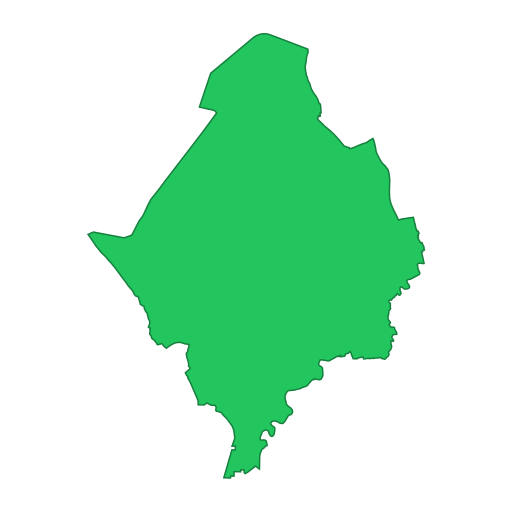 In Buri, Sing Buri, Thailand, rotated 271°
{"feature_id": "78962969B87157930386242", "entity_name": "In Buri", "entity_type": "district", "adm_level": 2, "iso_a3": "THA", "parent_name": "Thailand", "parent_adm1": "Sing Buri", "projection": "mercator", "projection_center": [100.326, 15.029], "detail": "fine", "context": "isolated", "style": "filled", "palette": "green", "viewbox_px": 512, "rotation_deg": 271, "n_neighbors": 0, "source": "geoboundaries", "source_scale": "gbopen_adm2", "svg_char_len": 6039}
<svg xmlns="http://www.w3.org/2000/svg" viewBox="0 0 512 512"><g transform="rotate(271 256 256)"><path d="M403.9,196.8L400.8,211.8L398.4,214.2L379.0,200.5L330.1,164.3L322.0,158.5L310.6,149.8L305.7,147.3L296.5,143.3L293.9,142.0L289.0,138.5L274.7,131.4L272.8,126.4L272.1,124.4L272.0,122.9L277.1,93.0L274.7,87.7L267.6,92.8L263.5,95.6L260.7,98.0L257.4,100.6L252.6,105.7L248.0,109.7L247.0,110.8L241.3,115.6L230.6,123.8L227.4,126.4L224.1,128.7L221.3,131.1L220.6,131.9L218.2,133.7L215.3,135.2L214.8,135.6L213.9,136.5L213.5,137.2L213.6,138.7L213.5,138.9L205.5,141.3L203.6,145.0L203.3,144.9L200.7,145.5L200.0,146.2L198.5,146.6L197.3,148.0L191.2,149.6L189.4,150.7L187.4,151.0L185.2,150.5L183.2,149.6L182.9,149.7L182.6,150.1L182.2,150.8L182.1,151.6L181.9,151.7L180.7,151.2L178.6,151.4L176.6,151.1L175.7,151.3L174.1,152.6L172.4,153.1L171.4,153.6L170.0,155.8L168.6,156.8L167.5,157.9L166.5,158.3L165.9,158.7L165.6,159.2L165.6,159.7L166.0,160.7L166.2,162.0L166.9,162.8L166.8,163.4L164.6,165.2L163.6,166.2L162.2,168.0L164.2,170.5L165.9,173.1L167.5,176.2L167.9,177.4L168.3,180.6L168.2,182.4L166.9,186.7L166.4,190.5L164.0,190.4L160.9,189.5L159.0,189.2L158.2,188.7L157.5,188.0L154.0,188.5L147.6,190.5L144.7,190.5L144.3,190.7L143.7,191.7L142.7,191.9L141.7,191.5L140.0,189.7L138.2,187.5L137.9,187.4L135.5,188.7L134.2,189.9L133.0,189.9L128.0,192.7L114.3,198.9L110.2,200.6L106.2,200.8L106.2,206.8L106.9,207.8L107.9,208.9L108.2,209.7L108.0,210.1L107.4,210.8L107.0,212.0L105.9,214.0L106.1,216.9L106.0,217.3L104.4,218.8L101.1,218.5L100.6,218.6L100.1,219.5L99.5,222.2L98.8,224.0L96.2,226.1L92.8,229.7L87.5,233.7L85.4,235.2L81.4,236.8L73.4,238.0L65.4,235.3L65.5,238.7L61.7,238.6L61.8,235.3L33.7,227.7L33.6,234.4L35.6,234.4L35.5,237.8L40.0,237.9L40.0,241.4L40.0,244.5L42.0,244.6L41.8,248.0L39.4,247.9L38.2,248.9L40.0,251.9L45.9,259.2L43.0,263.2L54.8,263.2L56.7,263.3L59.2,263.9L62.2,265.0L62.9,265.4L64.0,267.2L64.9,267.8L65.7,268.6L66.4,269.6L66.6,270.4L66.7,270.5L70.4,269.7L71.5,269.2L72.1,268.1L72.2,267.0L72.0,264.6L72.3,263.7L73.8,263.3L75.0,263.4L80.1,265.4L81.0,266.1L82.1,268.3L82.0,270.3L81.4,271.0L80.8,271.5L78.0,272.5L76.5,273.6L76.2,274.0L75.9,274.7L76.1,275.6L76.7,276.3L77.6,277.0L78.7,277.3L80.8,277.7L84.4,277.8L84.8,277.7L86.6,275.1L88.0,273.8L88.5,273.6L89.0,273.7L90.4,274.5L91.3,276.0L91.4,277.6L91.0,279.6L89.2,283.0L89.0,285.2L89.1,285.9L89.4,286.2L91.2,287.8L96.9,291.1L97.4,291.9L98.1,293.9L99.1,294.7L100.1,295.2L100.8,295.3L101.7,295.2L103.0,294.8L104.5,293.6L105.9,291.4L107.4,289.8L108.8,288.9L111.2,288.4L112.9,287.8L115.6,287.5L117.1,287.6L119.3,288.4L121.3,289.9L121.8,290.5L122.0,291.2L122.6,296.8L123.6,299.8L124.0,302.2L125.4,304.8L126.3,307.4L127.1,309.2L127.6,309.8L129.8,311.3L130.8,312.4L132.4,313.6L133.4,315.2L133.6,316.0L133.5,316.5L134.2,316.6L133.6,319.7L133.4,321.6L133.6,322.5L134.1,323.3L136.8,324.7L138.2,324.9L139.4,324.9L143.7,324.6L145.2,324.3L146.0,323.7L147.9,320.9L148.9,320.5L149.8,320.6L153.3,322.0L153.1,325.5L152.4,329.8L152.4,330.8L157.7,340.1L157.0,340.6L157.7,341.6L158.0,342.2L156.8,342.1L157.0,343.1L156.8,343.6L157.5,346.6L157.9,346.8L158.8,346.8L159.6,347.3L159.8,347.7L160.0,349.0L160.4,350.0L162.2,351.8L160.6,352.7L157.9,353.6L156.3,354.5L155.7,354.8L155.1,354.8L154.9,356.7L155.1,359.1L155.6,359.2L156.5,362.8L157.1,364.5L155.0,365.4L154.9,365.5L155.6,369.8L155.4,371.2L155.7,373.6L155.7,375.7L156.2,377.4L156.1,379.5L156.7,381.9L156.5,382.7L155.9,383.0L155.7,383.3L155.5,384.9L155.0,386.2L155.5,387.4L156.9,388.3L157.9,389.7L159.5,390.7L160.6,390.6L162.4,390.2L164.6,392.2L167.2,393.2L168.7,393.1L171.0,392.4L173.4,392.5L173.5,392.8L173.1,394.6L173.2,394.9L173.7,395.0L174.4,394.9L175.8,393.8L176.7,393.3L177.5,393.3L178.4,393.6L179.3,394.2L179.8,394.9L180.0,395.8L180.1,397.9L180.3,398.1L181.7,398.0L182.4,397.8L184.8,396.2L185.5,395.9L186.5,395.8L187.0,395.5L187.3,394.7L187.2,392.3L189.1,390.5L189.6,390.3L190.1,390.4L191.2,391.5L191.8,391.5L192.4,391.3L194.6,389.5L195.3,389.2L195.9,389.0L197.9,389.1L199.8,389.6L203.6,389.9L205.1,391.2L205.9,391.5L207.9,391.0L208.9,391.3L209.7,391.1L211.0,391.2L212.2,389.8L212.7,389.6L213.3,389.7L214.0,390.0L214.4,390.5L214.2,391.9L214.5,392.4L216.5,393.6L217.1,394.9L217.5,395.3L218.5,395.8L219.0,396.8L220.8,397.6L220.7,398.1L219.4,399.5L219.3,400.2L219.7,400.9L220.7,401.5L221.4,401.7L222.1,401.5L223.8,400.8L225.8,400.5L226.6,400.5L227.4,401.1L227.6,401.8L227.3,402.8L226.0,404.3L225.6,404.9L225.5,405.5L225.8,407.9L226.4,409.2L226.8,409.8L227.8,410.1L228.6,409.9L229.2,409.7L231.8,407.9L232.9,407.3L234.0,407.3L234.6,407.7L235.0,408.3L235.5,410.7L236.0,411.8L239.7,418.4L240.5,419.6L241.3,420.0L242.4,420.0L245.3,418.4L250.2,417.5L250.5,417.6L251.2,418.1L251.6,419.0L251.7,420.2L251.3,423.1L251.5,424.2L259.1,422.4L262.3,421.4L262.9,422.4L263.9,422.1L264.9,424.3L267.2,423.6L267.6,423.9L272.4,421.6L272.0,420.2L274.4,419.0L276.9,417.4L277.4,418.1L279.1,417.3L279.6,418.1L280.6,417.7L281.4,418.6L283.9,417.5L283.7,416.5L286.3,415.6L287.0,415.1L288.2,415.1L289.4,414.7L291.0,414.4L292.3,413.9L297.4,412.7L297.0,409.9L295.5,401.1L295.0,399.4L294.4,397.9L299.7,395.3L305.2,392.4L308.8,390.8L312.5,389.4L316.6,388.6L322.9,388.2L334.2,388.4L335.7,388.3L342.0,387.3L343.5,386.8L345.0,386.2L348.3,383.6L350.9,380.8L352.1,379.8L355.4,377.8L361.2,374.8L362.9,374.2L367.5,373.4L373.3,371.9L375.6,370.8L373.8,367.9L371.2,364.3L369.9,360.2L365.9,351.2L365.2,349.2L365.0,347.7L366.1,347.3L366.0,346.6L367.5,342.2L373.1,337.5L378.5,332.4L382.4,328.2L387.2,322.2L390.9,318.4L393.7,315.2L395.4,315.6L397.2,315.7L397.3,315.8L396.8,316.8L396.8,317.7L397.1,317.8L399.9,317.4L400.2,318.6L407.3,318.0L408.9,317.6L409.3,317.4L409.5,316.6L414.2,314.8L417.5,312.7L418.6,311.7L420.1,310.7L423.5,308.7L424.8,308.1L429.3,306.8L431.0,305.7L433.7,304.5L435.2,304.3L437.6,303.2L439.8,302.9L440.6,302.5L442.0,302.4L446.0,301.8L448.1,302.2L449.1,302.2L449.9,302.5L456.3,303.2L460.7,304.5L463.7,304.3L477.4,266.4L478.0,264.3L478.4,262.0L478.3,258.6L477.6,255.6L476.3,252.5L475.0,250.4L473.7,248.8L437.9,207.5L403.9,196.8Z" fill="#22c55e" stroke="#15803d" stroke-width="1.5"/></g></svg>